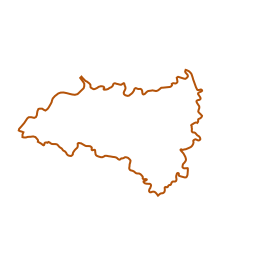 Vitebsk, Vitebsk, Belarus (Albers equal-area conic projection), rotated 227°
{"feature_id": "67162791B85815486219336", "entity_name": "Vitebsk", "entity_type": "district", "adm_level": 2, "iso_a3": "BLR", "parent_name": "Belarus", "parent_adm1": "Vitebsk", "projection": "albers", "projection_center": [30.292, 55.263], "detail": "fine", "context": "isolated", "style": "outline", "palette": "amber", "viewbox_px": 256, "rotation_deg": 227, "n_neighbors": 0, "source": "geoboundaries", "source_scale": "gbopen_adm2", "svg_char_len": 5848}
<svg xmlns="http://www.w3.org/2000/svg" viewBox="0 0 256 256"><g transform="rotate(227 128 128)"><path d="M58.0,144.2L59.4,142.5L60.0,141.8L60.8,141.2L61.9,141.1L62.4,141.3L63.3,142.4L63.9,143.3L64.1,144.0L64.2,145.9L64.7,147.9L65.1,148.6L65.8,149.2L66.9,149.8L67.7,150.2L70.7,151.0L71.6,151.2L75.8,151.3L76.3,151.7L76.2,152.3L75.2,152.7L74.6,153.3L73.7,154.9L73.1,155.7L72.7,156.7L71.6,159.8L71.3,160.9L71.2,161.6L71.3,163.0L71.9,164.8L72.3,165.4L72.9,166.2L73.6,166.6L74.2,167.1L74.3,167.8L73.9,169.4L73.5,169.8L71.3,170.7L70.6,171.3L70.3,172.4L70.4,173.1L70.8,173.5L71.7,174.0L72.7,174.2L73.6,174.2L75.4,173.7L78.4,173.8L79.4,173.5L80.3,172.6L80.9,172.3L81.7,172.3L82.4,172.6L83.8,174.2L85.2,175.1L85.7,175.7L86.1,175.8L86.9,176.1L87.0,176.8L86.6,178.5L86.6,179.0L86.2,180.3L85.9,181.1L85.6,181.6L85.0,182.0L84.5,182.1L84.6,183.0L85.0,183.8L86.4,185.2L86.4,185.9L86.1,186.6L85.8,187.7L85.8,188.6L86.0,189.8L86.5,190.5L88.6,190.5L89.9,190.4L91.4,190.4L92.1,190.6L93.0,191.8L93.6,193.0L94.1,193.9L95.3,194.9L99.3,195.6L100.5,196.0L101.0,196.6L101.0,197.4L100.6,198.4L99.8,199.6L99.9,201.0L100.9,201.7L105.1,202.4L105.6,203.0L105.6,204.0L104.7,206.6L104.7,207.6L105.2,207.9L106.1,207.8L106.6,207.4L106.9,206.8L107.4,205.8L108.2,204.9L108.7,204.7L111.4,205.5L114.2,206.7L117.2,208.0L118.9,208.7L121.0,209.8L124.1,211.2L125.5,211.4L127.8,211.3L128.6,211.0L129.2,210.8L130.6,210.2L131.2,209.8L130.9,209.3L130.4,208.4L129.4,207.9L126.3,207.8L125.1,207.2L124.7,206.4L124.6,204.9L124.8,203.6L125.6,202.8L130.5,200.0L131.3,199.5L131.5,198.5L131.5,197.9L130.6,197.4L128.3,195.9L127.8,195.1L127.8,194.0L128.1,193.2L128.7,192.6L129.6,192.0L130.2,191.1L130.4,190.1L129.3,189.4L129.1,188.4L129.1,187.6L129.4,186.7L133.4,181.4L134.7,179.8L134.8,179.2L134.8,178.2L135.0,175.9L135.3,174.8L135.9,173.7L138.9,171.5L139.4,170.6L141.0,168.4L141.5,167.4L141.6,165.8L141.5,164.3L141.5,163.3L142.0,162.2L142.5,162.0L143.0,162.0L143.8,162.4L145.4,163.6L146.4,164.0L147.2,164.1L148.2,163.7L148.9,162.8L149.5,162.1L150.8,161.4L151.8,161.0L152.1,160.6L152.1,159.2L151.3,157.8L150.9,156.2L150.7,155.2L150.7,153.7L150.9,152.5L150.9,151.2L151.3,150.3L151.9,149.5L153.7,148.4L154.8,148.2L155.7,148.2L156.7,148.9L157.4,150.2L158.0,152.0L158.5,152.9L158.9,153.4L160.1,154.2L161.2,154.5L162.8,155.4L163.2,155.6L163.7,155.4L163.9,154.6L164.1,153.4L164.4,152.3L165.6,151.4L167.1,150.5L168.2,149.7L169.1,149.3L169.8,148.7L170.1,148.0L170.1,147.2L169.3,145.6L169.2,144.5L169.3,143.3L169.8,142.1L170.0,141.1L170.0,140.4L170.4,139.4L170.7,138.8L171.2,138.0L171.7,137.5L172.1,136.9L172.5,136.6L172.9,136.6L173.3,137.0L173.3,137.7L173.6,138.0L174.2,138.3L174.8,138.3L175.6,137.9L176.5,137.2L177.1,136.6L178.2,134.4L178.2,133.4L178.4,132.6L179.0,130.7L179.4,129.9L180.0,129.2L182.6,128.4L183.3,128.4L184.4,129.2L185.1,129.9L186.1,130.1L187.1,130.1L190.0,129.6L191.4,129.0L195.8,128.9L197.3,129.0L197.2,127.2L192.4,126.7L190.3,126.3L188.4,124.5L187.3,122.6L187.3,120.1L187.2,116.7L187.2,114.2L188.5,111.8L190.5,110.1L192.7,108.6L195.1,107.1L197.9,105.1L199.8,102.9L200.8,100.6L201.2,96.3L200.9,93.1L199.9,91.1L199.0,89.8L198.3,87.9L197.1,83.9L196.8,82.2L196.9,80.8L197.1,79.5L198.5,78.9L200.7,78.4L202.3,76.7L203.0,75.5L202.1,73.3L200.9,71.7L199.5,70.0L198.8,68.0L199.4,66.3L201.9,64.6L203.6,62.7L203.7,60.9L202.4,55.5L201.9,51.2L201.6,47.8L200.7,46.4L199.3,46.9L197.9,47.8L196.2,48.6L195.1,46.3L193.3,44.6L192.1,45.4L190.7,46.9L189.8,48.7L188.0,50.8L186.5,52.9L184.5,54.1L181.0,54.0L179.7,53.3L179.4,52.7L177.0,53.5L175.5,53.9L173.5,54.2L172.9,54.5L172.8,54.9L173.0,55.5L173.6,56.2L173.8,56.8L173.8,57.4L173.6,57.8L173.1,58.5L172.1,59.0L172.0,59.4L172.1,60.2L171.0,60.8L169.8,60.9L168.5,61.3L167.5,62.1L165.8,63.9L164.6,64.8L163.7,65.0L160.9,64.9L159.4,65.2L158.6,65.5L157.5,65.5L156.5,65.3L155.5,65.3L154.1,65.9L153.3,65.9L152.1,65.9L151.0,65.5L150.1,65.4L149.0,65.5L147.9,66.0L146.4,67.2L146.2,68.1L146.2,68.9L146.3,69.6L147.0,70.3L147.4,71.0L147.7,71.9L148.1,73.8L148.2,74.7L148.2,76.1L148.2,77.4L148.6,78.4L149.9,79.8L150.4,80.1L150.8,80.4L150.9,80.9L150.8,81.5L150.4,82.0L149.5,82.6L148.9,83.2L144.0,84.7L143.1,85.3L141.8,86.7L140.6,87.8L139.7,88.1L138.5,88.2L138.0,87.8L137.4,87.0L136.9,86.6L136.3,86.6L136.0,86.8L135.2,88.3L134.9,88.6L134.6,88.8L134.2,88.7L133.8,88.5L132.6,87.5L132.0,87.2L131.0,86.4L129.9,86.1L129.0,86.2L127.2,87.0L125.1,88.3L124.3,89.1L124.0,89.7L123.5,91.2L123.4,92.1L122.8,92.8L122.0,93.6L120.8,94.4L119.1,95.8L117.2,97.2L115.7,98.5L114.5,99.2L113.5,99.5L112.3,99.5L110.8,100.0L110.5,100.4L110.3,101.2L110.4,101.7L110.3,102.4L109.5,103.3L109.0,104.3L108.7,105.8L108.1,106.5L106.7,107.4L105.9,107.7L104.1,107.8L103.1,107.8L102.3,107.5L101.3,106.1L100.3,104.4L98.9,102.9L97.9,101.6L97.2,101.1L96.0,100.9L95.4,101.0L93.5,102.2L92.2,102.7L89.7,103.0L88.9,103.4L88.4,103.8L87.1,105.1L86.1,105.5L85.0,105.7L82.6,105.6L82.1,105.4L81.6,104.9L81.2,104.4L80.5,104.3L80.0,104.5L79.3,105.1L78.7,106.0L78.0,106.5L77.6,106.6L77.3,106.0L77.9,104.0L78.4,103.1L78.0,102.6L77.1,102.5L76.1,102.6L74.8,103.4L72.9,105.2L72.4,105.8L71.6,106.1L70.8,106.0L70.1,105.5L69.3,104.0L68.9,103.3L68.8,102.4L68.5,101.7L67.9,100.8L67.3,100.3L66.7,100.2L66.2,100.2L65.4,100.8L64.8,102.3L63.8,103.5L63.2,103.8L62.2,104.1L60.5,104.1L58.1,103.8L58.1,104.7L58.0,106.6L57.7,107.5L56.8,108.7L56.5,109.3L56.4,109.9L56.4,110.6L56.5,111.2L57.3,112.4L57.7,112.8L59.2,114.0L59.4,114.3L59.4,114.9L59.2,115.2L59.0,115.6L58.2,115.9L58.0,116.2L57.8,116.7L57.9,117.3L58.2,117.9L58.3,118.6L58.2,119.0L57.9,119.7L57.4,120.2L57.4,120.7L57.8,121.6L58.1,122.1L58.4,123.0L58.4,123.8L58.2,124.4L57.4,125.2L56.7,126.0L56.5,127.0L56.9,127.8L57.5,128.6L59.1,129.6L60.0,130.5L61.3,132.7L61.3,133.4L61.0,133.9L60.1,134.1L59.7,133.8L58.7,132.9L58.1,132.8L56.3,133.8L53.4,135.6L52.4,136.6L52.3,137.7L52.8,138.9L53.2,139.6L56.3,143.0L57.0,143.5L57.4,144.0L58.0,144.2Z" fill="none" stroke="#b45309" stroke-width="2"/></g></svg>